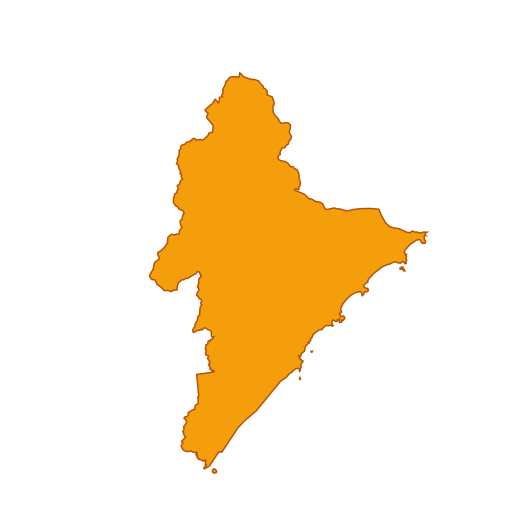 Mandailing Natal, Sumatera Utara, Indonesia, rotated 240°
{"feature_id": "22746128B80893459197040", "entity_name": "Mandailing Natal", "entity_type": "district", "adm_level": 2, "iso_a3": "IDN", "parent_name": "Indonesia", "parent_adm1": "Sumatera Utara", "projection": "albers", "projection_center": [99.32, 0.78], "detail": "fine", "context": "isolated", "style": "filled", "palette": "amber", "viewbox_px": 512, "rotation_deg": 240, "n_neighbors": 0, "source": "geoboundaries", "source_scale": "gbopen_adm2", "svg_char_len": 6155}
<svg xmlns="http://www.w3.org/2000/svg" viewBox="0 0 512 512"><g transform="rotate(240 256 256)"><path d="M291.3,153.6L287.6,154.1L285.8,156.6L281.1,156.1L276.3,158.2L271.9,159.2L269.9,162.9L267.4,164.9L267.7,167.8L266.3,169.7L266.3,170.9L269.3,172.7L271.6,175.4L272.5,180.4L271.5,181.5L271.8,184.2L270.8,185.4L271.0,193.1L270.6,194.9L271.8,197.4L270.7,198.8L267.4,198.7L265.1,197.6L265.4,196.2L264.9,195.3L262.8,193.6L261.3,193.0L258.5,189.9L256.0,190.1L255.3,189.7L252.3,185.2L251.2,184.9L249.8,185.9L247.5,185.4L246.8,186.5L244.9,186.8L244.1,186.6L243.8,185.5L242.1,184.3L240.7,184.7L240.1,182.8L239.0,181.6L233.2,177.7L232.8,175.8L231.8,175.1L231.6,174.3L229.6,173.0L227.3,169.0L225.0,167.3L224.8,166.0L223.3,164.0L221.6,163.5L221.0,163.7L220.7,168.8L219.7,170.2L220.1,171.4L218.9,172.5L219.6,175.0L218.9,176.3L216.0,177.7L214.9,178.9L212.8,179.5L209.1,177.4L207.3,177.6L207.1,178.8L205.6,175.9L206.4,174.7L205.1,173.7L206.2,172.5L206.0,171.7L203.7,170.1L204.0,168.2L202.0,166.5L201.0,166.4L200.4,165.4L198.9,165.7L197.3,163.8L196.5,164.1L195.8,163.3L194.6,163.4L193.8,164.5L192.6,164.7L191.5,162.8L187.2,163.1L186.9,161.9L185.5,161.7L185.3,160.5L181.9,160.7L181.4,159.6L180.7,160.5L179.6,160.1L178.3,160.3L178.4,161.8L177.2,162.3L176.9,160.5L183.1,145.4L163.4,136.4L162.6,134.7L161.3,134.5L157.2,132.2L157.1,129.0L154.0,126.2L154.4,124.1L154.3,119.0L152.7,118.4L152.0,117.2L151.5,115.4L152.2,114.2L151.4,112.5L148.9,113.4L147.1,113.0L145.4,111.0L144.4,107.9L142.9,107.7L141.5,106.5L140.4,104.6L139.0,104.9L137.1,104.1L134.3,104.4L132.8,99.1L132.2,98.7L130.7,99.3L128.9,96.1L124.4,95.9L121.5,98.0L119.7,101.3L119.8,102.1L117.2,103.6L116.2,106.0L115.4,106.6L114.5,104.8L113.5,105.9L112.8,104.5L111.9,105.3L110.4,104.2L109.4,105.0L108.5,104.7L108.3,105.4L104.5,108.1L104.3,109.5L105.0,109.8L104.4,110.4L100.9,107.9L99.9,108.4L98.7,105.1L98.0,104.6L97.4,105.1L97.5,110.8L104.7,125.3L104.2,127.7L103.2,128.3L116.1,154.1L118.9,163.2L121.8,178.9L135.3,214.6L135.8,221.6L137.4,225.8L137.5,229.3L138.4,231.2L138.1,231.5L138.6,234.3L137.6,236.3L136.2,236.9L134.3,236.2L134.3,236.8L135.4,237.2L137.2,239.6L139.7,240.4L140.8,243.5L141.7,244.2L142.6,243.1L144.5,243.3L145.1,242.4L146.5,243.0L149.4,243.2L146.5,243.1L146.8,244.6L148.7,246.3L149.4,250.4L152.4,252.9L153.5,254.7L153.6,256.0L154.7,257.6L154.1,258.7L155.3,259.2L155.4,261.1L156.8,261.5L157.4,263.8L158.1,264.3L159.2,266.5L159.7,266.5L160.4,273.4L159.9,275.5L159.2,276.2L160.0,277.7L160.9,282.0L159.4,283.7L159.0,285.5L156.9,287.4L157.3,288.1L158.5,287.7L160.4,288.4L161.5,289.7L162.0,291.1L159.5,292.2L158.8,293.4L160.0,294.5L159.6,295.2L159.8,296.9L157.0,295.0L156.4,295.5L156.0,297.2L156.5,297.9L157.4,298.0L157.5,298.6L156.7,299.5L157.6,301.8L160.2,302.0L161.7,298.9L163.1,299.6L164.6,299.5L164.6,301.9L165.5,302.5L167.3,302.4L168.4,303.4L171.2,307.4L173.2,312.6L174.7,318.8L174.6,322.9L173.7,327.2L172.6,328.8L171.4,329.0L168.6,328.1L168.9,329.9L170.4,331.7L169.5,334.9L170.2,336.3L171.3,336.6L172.3,336.4L173.0,335.0L175.6,334.1L176.8,334.8L177.7,338.4L177.3,339.5L178.8,340.6L180.0,342.8L182.1,349.5L183.5,360.6L182.7,366.6L182.2,367.1L181.8,372.9L177.6,377.3L177.9,380.2L175.8,381.3L175.2,381.0L174.4,382.3L176.2,382.7L176.3,383.8L177.6,384.7L178.4,384.4L180.2,386.0L181.6,386.0L182.0,387.1L182.8,386.1L183.9,386.4L184.8,386.0L186.5,387.8L189.0,395.2L189.5,403.1L188.5,405.8L187.2,406.3L185.2,406.0L183.6,406.5L183.5,407.3L182.7,408.0L182.7,409.2L183.6,410.1L186.7,410.2L188.9,411.5L189.3,412.5L188.8,413.3L189.8,412.9L190.4,413.3L191.0,414.2L191.1,416.1L193.1,412.8L193.2,410.8L194.0,409.5L196.4,407.2L197.3,405.5L199.4,404.0L199.3,400.8L200.9,398.7L208.2,393.4L211.7,389.1L215.2,386.2L220.1,384.8L229.3,384.9L234.4,385.9L235.2,385.6L240.0,378.8L244.6,370.5L247.8,363.1L249.4,357.4L254.8,352.2L255.8,350.4L258.6,347.6L260.6,341.2L261.4,340.0L262.9,339.4L267.7,339.8L270.1,338.7L272.5,336.3L272.6,335.5L277.5,332.6L279.2,330.5L285.3,328.8L293.9,322.3L294.4,322.8L294.1,324.1L292.2,326.4L293.8,327.1L294.8,328.9L297.2,331.1L302.0,332.3L305.6,334.3L309.6,334.6L310.6,334.5L312.6,332.8L314.7,332.8L315.6,331.1L316.8,330.4L319.9,330.2L323.1,328.6L326.3,325.0L328.6,323.7L329.7,324.1L331.8,325.7L331.8,328.0L333.6,328.3L336.5,332.7L335.4,335.3L336.5,336.9L336.8,340.0L339.0,342.0L339.7,344.4L341.6,346.4L346.8,346.7L349.1,349.3L352.4,351.3L355.1,350.5L356.8,347.9L357.9,344.7L358.9,343.9L361.5,343.5L363.4,344.0L368.9,342.7L372.0,342.8L376.9,345.2L378.3,347.6L380.7,348.7L385.8,349.5L390.1,346.1L392.9,348.1L396.1,347.7L397.9,346.5L399.7,347.1L402.8,346.0L406.0,346.0L409.9,342.7L410.7,340.9L415.4,336.4L418.3,334.5L420.9,334.3L422.6,333.4L420.0,331.4L419.4,330.3L421.2,328.4L423.6,324.0L423.7,321.5L422.5,319.8L422.2,317.1L419.9,315.2L416.7,310.3L413.8,309.1L412.7,307.0L410.7,306.7L411.6,303.8L407.4,300.5L407.6,299.8L412.1,299.2L412.1,298.7L409.4,293.8L409.6,292.3L408.0,285.0L406.2,284.8L403.7,285.9L401.5,283.0L400.5,282.4L391.1,284.1L389.4,283.5L384.7,280.2L385.6,278.7L385.9,276.5L384.3,274.5L383.0,268.7L383.3,267.6L384.6,266.3L385.6,264.2L385.8,262.4L388.3,261.8L388.9,261.0L389.1,259.1L388.4,258.1L388.7,257.0L388.2,255.8L389.3,252.6L388.4,250.7L389.0,247.8L388.5,245.5L386.6,244.6L385.7,242.2L381.4,239.5L379.5,236.3L377.3,235.5L375.7,233.3L373.0,234.1L371.0,233.2L366.6,232.8L365.3,231.4L363.8,232.1L361.7,230.7L359.5,231.1L359.0,228.2L356.2,225.2L356.5,223.1L352.8,222.2L351.9,220.2L350.4,219.1L350.3,216.6L346.7,213.1L344.4,211.7L343.3,211.2L339.5,211.6L337.6,212.9L335.3,212.6L332.1,215.2L330.0,215.3L329.1,215.0L327.8,212.9L324.8,210.3L324.5,208.0L321.7,206.5L317.7,205.9L316.1,202.3L313.4,200.3L314.6,198.4L314.7,196.6L317.1,193.6L316.6,189.9L315.6,188.5L311.9,186.1L309.6,182.1L308.1,176.7L308.2,172.8L306.0,171.6L301.9,171.1L301.1,165.2L299.7,163.4L296.1,160.5L292.7,154.5L291.3,153.6ZM92.4,113.6L92.8,112.5L92.0,111.0L90.8,110.3L88.9,111.2L88.3,113.1L88.8,114.1L91.0,114.3L92.4,113.6ZM173.7,376.6L173.1,376.2L173.6,375.0L172.9,374.2L170.6,376.5L169.2,376.5L168.7,377.5L172.9,377.6L173.7,376.6ZM127.1,232.3L127.0,233.0L128.9,233.1L128.6,232.6L127.1,232.3ZM145.4,257.2L146.0,256.0L145.1,255.8L144.8,256.6L145.4,257.2Z" fill="#f59e0b" stroke="#b45309" stroke-width="1.5"/></g></svg>